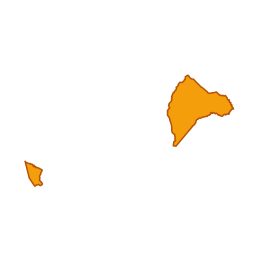 La Esperanza, Intibucá, Honduras, rotated 260°
{"feature_id": "27666195B40908355189071", "entity_name": "La Esperanza", "entity_type": "district", "adm_level": 2, "iso_a3": "HND", "parent_name": "Honduras", "parent_adm1": "Intibucá", "projection": "albers", "projection_center": [-88.153, 14.407], "detail": "fine", "context": "isolated", "style": "filled", "palette": "amber", "viewbox_px": 256, "rotation_deg": 260, "n_neighbors": 0, "source": "geoboundaries", "source_scale": "gbopen_adm2", "svg_char_len": 5577}
<svg xmlns="http://www.w3.org/2000/svg" viewBox="0 0 256 256"><g transform="rotate(260 128 128)"><path d="M169.5,196.3L169.4,195.6L169.1,195.1L169.1,194.6L169.0,194.4L168.6,193.9L168.5,193.4L168.4,193.4L168.1,193.5L167.9,193.4L167.3,193.0L166.5,192.8L166.0,192.7L165.9,192.6L165.7,191.9L164.7,191.3L164.6,191.0L164.4,190.7L164.1,190.3L163.9,190.1L163.5,189.7L163.5,188.8L164.0,187.4L164.0,187.2L163.2,186.0L162.3,185.4L161.9,184.9L161.2,184.8L161.0,184.7L160.2,183.7L159.9,182.8L159.8,182.6L159.6,182.5L159.1,182.6L158.9,182.6L158.2,182.3L157.9,182.3L157.4,182.2L156.9,181.1L156.3,180.6L156.0,180.3L155.8,180.1L155.3,179.8L155.1,179.7L155.1,179.2L155.1,178.9L154.8,178.8L154.4,178.4L153.0,177.6L152.9,177.5L152.7,177.1L152.1,177.0L151.8,176.9L151.7,176.8L151.4,176.4L151.2,176.4L150.7,176.5L150.2,176.6L149.5,176.3L149.2,175.9L148.9,175.9L148.3,176.0L148.2,176.0L147.7,175.7L147.2,175.4L146.7,175.1L146.3,174.6L146.0,174.1L145.4,173.4L144.9,172.7L144.7,172.7L144.4,172.7L144.2,172.7L143.5,172.0L143.4,172.0L143.2,172.1L142.9,172.2L142.3,172.0L141.9,172.1L141.5,172.1L140.8,172.4L140.5,172.5L140.4,172.4L140.2,172.3L140.2,172.1L140.2,171.9L139.7,171.4L139.5,171.1L139.0,170.6L138.7,170.5L138.4,170.0L138.0,169.8L137.8,169.7L137.6,169.7L136.9,169.9L136.5,169.6L135.5,169.5L134.2,169.1L133.9,169.2L133.2,169.4L131.8,170.0L131.4,170.1L130.8,170.4L130.5,170.6L129.7,170.6L129.1,170.6L128.8,170.6L128.5,170.6L126.9,170.8L125.9,171.1L124.8,171.2L122.4,171.3L121.6,171.3L120.0,171.0L118.4,170.7L116.7,170.7L116.3,170.8L115.6,170.9L115.4,171.2L115.0,171.3L114.6,171.7L114.2,172.0L113.9,172.6L113.5,172.8L113.3,172.8L113.0,172.8L112.0,172.7L111.7,172.7L111.4,172.7L111.2,172.7L111.0,172.8L110.7,172.9L110.4,172.8L109.4,172.4L108.4,172.3L108.1,172.3L107.7,172.7L107.0,172.2L106.9,172.0L106.8,171.9L106.8,171.2L106.7,170.9L106.0,170.6L104.6,170.1L103.4,169.7L103.0,169.6L102.6,169.6L101.8,172.1L115.1,187.9L115.3,188.4L115.5,188.5L115.8,188.6L115.9,188.8L116.1,189.1L116.2,189.3L116.8,189.8L116.9,190.0L117.2,190.6L117.3,190.7L117.8,190.9L118.0,191.3L118.2,191.7L118.5,191.7L118.7,191.8L118.9,192.4L119.2,192.8L119.5,193.3L119.7,193.7L119.7,194.1L119.8,194.2L119.9,194.3L120.3,194.3L120.5,194.4L120.6,194.5L121.1,195.1L121.3,195.4L121.4,195.5L121.8,195.7L122.1,196.0L122.9,196.0L123.0,196.1L124.0,197.0L124.5,197.6L124.5,198.3L124.5,198.5L125.2,199.4L125.4,199.6L125.4,199.9L125.1,200.8L125.1,201.3L125.1,201.6L125.4,202.2L125.5,202.5L125.8,204.2L125.7,205.8L125.8,206.3L125.9,206.7L126.0,207.1L125.7,207.8L125.7,208.0L125.8,208.2L126.4,208.8L126.6,209.1L126.6,209.4L126.5,210.3L126.6,210.5L126.9,210.7L127.0,211.0L127.2,211.5L127.3,211.6L128.4,211.9L128.6,212.2L128.7,212.5L128.3,212.8L128.0,212.9L127.8,213.3L127.8,213.6L128.4,214.2L128.4,214.4L128.4,214.5L128.1,214.6L128.0,214.8L127.9,215.1L127.8,215.6L127.7,215.8L127.2,216.1L126.9,216.4L126.9,216.5L127.1,216.8L127.2,217.1L127.2,217.3L127.1,217.5L126.9,217.9L126.5,218.2L126.2,218.4L125.6,218.8L125.0,219.3L125.0,220.0L125.0,220.3L124.9,220.5L124.2,220.8L123.9,221.2L123.7,221.6L123.3,222.6L123.3,222.9L123.3,223.2L123.4,223.4L124.1,224.0L124.4,224.7L124.5,225.1L124.6,225.3L124.7,225.5L124.6,225.8L124.4,226.0L124.1,226.2L124.0,226.4L124.0,226.7L124.3,227.0L124.6,228.2L124.5,228.5L124.1,229.5L124.1,229.8L124.2,230.0L124.4,230.1L125.1,230.0L125.3,230.0L125.5,230.2L125.8,230.8L126.1,231.0L126.7,231.1L126.8,231.2L126.9,231.4L126.9,231.7L127.1,232.1L127.5,232.5L128.5,233.2L128.6,233.3L128.5,233.6L128.4,234.2L128.5,235.1L128.9,235.1L129.2,235.0L129.8,234.9L130.1,234.8L130.6,234.5L131.2,233.8L131.5,233.7L131.7,233.8L132.0,234.1L132.4,234.3L132.6,234.3L132.8,234.2L133.0,234.1L133.1,233.9L133.3,233.5L133.4,233.3L133.6,233.2L133.8,233.3L134.7,233.6L134.9,233.6L135.1,233.6L135.3,233.5L135.4,233.3L135.6,232.5L135.8,232.3L136.1,232.4L137.4,232.6L138.0,232.6L138.2,232.4L138.2,232.2L138.1,231.9L137.9,231.7L138.7,231.1L139.8,230.9L140.8,230.7L141.6,230.3L142.3,230.0L143.0,229.5L143.1,229.4L143.0,229.0L142.9,228.6L142.8,228.4L142.9,228.0L143.5,227.4L143.7,227.1L143.7,226.8L143.6,226.0L143.7,225.8L143.9,225.4L143.8,225.1L144.1,224.6L144.6,224.2L144.8,224.0L144.8,223.7L145.0,223.5L145.1,223.4L145.4,223.3L145.6,223.3L146.1,222.6L146.7,222.3L147.7,221.6L148.0,221.4L148.0,221.1L147.9,221.0L147.8,220.9L148.0,220.3L148.0,220.0L148.0,219.5L147.9,218.1L148.0,217.5L148.0,216.4L148.0,216.1L147.9,215.5L148.1,214.9L148.1,213.8L148.2,213.5L148.5,213.0L148.8,212.8L149.6,212.6L149.8,212.5L150.0,212.3L150.4,211.9L154.5,208.5L155.7,207.1L163.7,201.5L164.6,201.2L165.1,199.5L165.5,198.9L165.9,198.5L166.2,198.1L167.0,197.6L168.4,197.0L169.5,196.3ZM112.9,20.9L95.8,22.1L88.5,25.3L86.8,26.3L87.7,27.6L87.8,28.0L87.7,28.4L87.7,29.2L87.8,29.4L87.9,29.6L88.0,29.9L87.9,30.1L87.7,30.4L86.9,31.0L86.5,31.8L86.8,32.6L87.0,33.2L87.3,33.6L87.5,33.8L88.1,34.0L88.4,33.8L88.6,33.7L89.0,33.7L89.5,33.5L90.3,32.8L91.6,32.0L92.0,31.8L92.4,31.9L93.2,32.3L93.8,32.5L94.4,32.5L95.3,32.5L95.8,32.6L96.0,32.5L96.3,32.8L97.0,33.3L97.5,33.8L97.7,34.0L98.4,34.1L99.5,34.8L100.2,35.5L101.0,36.0L101.3,36.1L101.5,36.1L102.3,35.4L102.8,34.5L103.3,34.0L103.7,33.5L104.0,33.2L104.2,32.8L104.5,32.1L104.9,31.6L105.1,31.3L105.1,30.1L105.3,30.1L106.0,30.2L106.2,29.9L106.1,29.1L106.3,28.9L106.5,28.9L107.3,29.2L107.5,29.1L107.5,28.9L107.0,28.2L106.9,28.1L107.0,28.0L107.1,27.9L108.0,28.0L108.2,27.9L108.4,27.8L108.9,27.2L109.1,27.0L109.0,26.2L109.8,25.7L110.0,25.5L110.0,25.4L110.0,25.1L110.1,24.7L110.4,23.8L111.2,22.7L111.4,22.4L111.5,22.1L111.7,21.8L112.0,21.5L112.3,21.4L112.7,21.2L112.9,21.1L112.9,20.9Z" fill="#f59e0b" stroke="#b45309" stroke-width="1.5"/></g></svg>